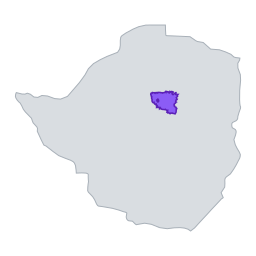 Chegutu, Mashonaland West, Zimbabwe shown in context
{"feature_id": "62879985B20095614329171", "entity_name": "Chegutu", "entity_type": "district", "adm_level": 2, "iso_a3": "ZWE", "parent_name": "Zimbabwe", "parent_adm1": "Mashonaland West", "projection": "albers", "projection_center": [30.348, -18.189], "detail": "fine", "context": "in_parent", "style": "filled", "palette": "violet", "viewbox_px": 256, "rotation_deg": 0, "n_neighbors": 0, "source": "geoboundaries", "source_scale": "gbopen_adm2", "svg_char_len": 5989}
<svg xmlns="http://www.w3.org/2000/svg" viewBox="0 0 256 256"><path d="M190.6,231.0L188.0,229.2L184.5,228.1L180.1,227.6L174.3,227.8L167.2,228.7L159.5,227.6L151.4,224.3L144.6,223.2L136.5,224.6L136.2,224.7L134.8,223.6L132.5,221.2L128.8,220.8L127.8,220.3L127.0,219.4L126.5,218.3L126.2,217.0L126.8,213.1L126.5,212.7L125.5,212.2L123.5,211.7L118.6,210.0L112.4,208.3L102.5,206.6L98.6,206.1L97.7,205.6L96.6,204.1L94.6,199.7L92.7,196.7L88.4,192.2L87.7,190.8L87.8,187.1L88.1,184.2L88.5,181.7L88.3,179.4L88.2,176.5L88.3,174.5L87.7,173.7L86.1,173.1L81.7,172.9L76.3,173.1L76.1,170.2L75.5,165.6L74.4,163.0L73.2,161.7L70.7,160.3L65.6,158.4L58.7,155.6L52.8,151.3L46.0,146.0L43.9,145.1L41.3,140.0L37.3,131.3L37.5,128.4L36.9,127.0L33.1,122.8L32.2,120.5L31.5,118.3L25.5,112.1L23.4,109.4L21.8,105.9L20.2,103.1L18.9,102.0L17.2,100.1L15.9,98.0L15.4,96.3L15.7,94.1L16.3,92.6L21.9,94.0L25.0,94.1L27.3,93.2L30.3,94.2L33.9,97.0L37.8,97.4L41.9,95.5L47.5,96.0L54.7,98.6L60.6,99.1L67.5,96.4L73.6,89.3L79.4,82.6L85.0,74.9L88.4,68.7L93.5,63.6L100.2,59.7L107.1,56.4L117.6,52.3L119.7,49.0L120.3,45.4L120.3,40.4L120.8,37.1L121.9,35.7L123.7,34.5L125.9,33.0L132.9,29.2L138.7,26.7L145.8,25.1L153.6,25.0L161.1,25.0L165.4,25.0L165.5,29.8L165.8,35.2L166.6,35.7L172.3,35.9L181.3,36.3L190.0,36.7L195.6,40.6L197.4,41.5L203.2,42.5L210.6,49.1L219.4,49.8L225.5,51.9L230.9,54.3L233.9,57.0L235.9,57.6L238.6,57.9L239.9,58.1L239.6,60.1L237.8,63.3L237.9,68.0L240.3,74.6L240.6,80.2L239.7,90.2L239.6,99.9L239.8,103.4L240.1,105.7L240.6,106.9L240.5,108.3L239.0,112.4L237.8,116.6L237.7,118.4L237.2,119.6L236.3,120.6L232.5,122.5L231.8,123.7L231.8,126.0L232.3,127.8L233.7,128.5L235.4,129.6L236.1,131.0L236.1,132.5L235.5,135.2L233.9,139.6L235.3,144.8L237.0,148.2L239.3,152.1L240.3,154.5L240.2,156.2L239.8,157.9L236.2,164.9L233.6,169.3L230.4,173.9L226.3,176.9L225.2,178.3L224.8,179.9L224.9,183.4L224.7,187.1L221.1,192.7L223.2,197.6L222.7,198.1L221.5,198.8L216.5,204.2L211.3,209.7L207.6,213.8L203.4,218.3L198.6,223.5L194.6,227.9L190.6,231.0Z" fill="#d9dde1" stroke="#a8b0b8" stroke-width="1"/><path d="M173.3,92.1L173.2,92.0L172.9,91.8L172.7,91.9L172.3,91.7L172.2,91.9L172.3,92.1L172.2,92.3L172.2,92.2L172.1,91.8L172.0,91.7L171.7,91.6L171.4,91.5L171.2,91.8L171.4,92.3L171.4,92.5L171.3,92.3L171.2,92.3L171.1,92.2L170.9,92.2L170.7,91.9L170.4,91.9L170.5,91.6L170.3,91.6L170.2,91.6L169.9,91.7L169.8,91.8L169.9,92.1L170.2,92.5L170.4,92.8L170.3,92.7L170.1,92.5L169.9,92.5L169.7,92.5L169.6,92.1L169.4,92.5L169.3,92.9L169.2,93.0L168.9,92.8L168.8,92.1L168.0,92.0L168.1,91.8L167.7,91.7L167.4,91.8L167.3,91.7L167.1,91.6L166.9,91.7L166.7,91.6L166.3,91.7L166.1,92.2L165.8,91.4L165.2,92.0L164.9,92.2L164.5,92.4L164.4,92.5L164.1,92.6L163.9,92.8L163.5,92.7L163.1,92.7L162.9,92.8L162.7,93.0L162.6,92.9L162.5,93.0L162.3,92.9L162.2,92.8L161.9,92.8L161.7,92.7L161.6,92.8L161.4,92.8L160.9,92.7L160.7,92.6L160.4,92.7L160.2,92.6L159.8,92.5L159.8,92.4L159.3,92.4L158.8,92.5L158.7,92.4L158.4,92.5L158.3,92.4L158.2,92.4L158.2,92.5L157.9,92.8L157.7,93.0L157.6,92.9L157.4,92.8L157.3,92.6L157.2,92.6L156.9,92.5L156.7,92.5L156.4,92.6L156.1,92.8L156.0,93.0L155.9,92.9L155.6,92.9L155.3,92.8L155.2,92.7L155.1,92.8L155.0,93.0L154.8,92.7L154.5,92.7L154.4,92.8L154.3,92.7L154.2,92.7L153.8,92.7L153.7,92.7L153.4,92.7L153.1,92.7L152.9,92.6L152.7,92.8L152.6,92.7L152.4,92.6L152.3,92.9L152.2,92.8L151.6,93.0L151.3,93.0L151.1,93.2L151.1,93.3L151.1,93.5L150.9,93.6L150.9,93.8L150.8,94.0L150.9,94.3L150.8,94.5L151.0,94.9L150.9,95.0L151.2,95.5L151.3,96.3L151.6,96.5L151.5,96.8L151.8,97.0L151.7,97.3L151.6,97.5L151.6,97.9L151.6,98.2L151.6,98.4L151.6,98.5L151.7,98.8L151.8,98.9L151.8,99.0L152.0,99.2L152.0,99.4L152.1,99.7L152.1,99.9L152.2,100.0L152.0,100.3L152.0,100.5L152.0,100.8L152.0,101.0L152.1,101.3L152.3,101.7L152.4,101.9L152.5,101.9L152.7,102.3L152.8,102.5L153.0,102.5L154.1,102.3L154.1,102.5L153.8,102.9L154.7,104.0L155.0,103.8L155.8,104.7L156.2,104.3L156.4,105.5L156.7,105.2L157.3,106.0L157.4,105.9L157.6,106.3L157.1,106.8L156.7,107.5L159.4,107.4L159.5,108.7L159.8,108.4L159.8,108.5L160.0,108.5L160.1,108.4L160.3,108.6L160.5,108.5L160.9,108.5L161.0,108.6L160.9,108.6L161.0,108.7L161.0,108.8L161.0,108.7L161.2,109.0L161.3,109.1L162.3,109.4L163.6,109.5L164.2,109.5L164.9,109.7L165.4,109.3L166.4,110.2L167.7,110.3L166.8,112.2L167.1,112.4L167.3,112.5L167.6,112.6L167.9,112.6L168.1,112.5L168.1,112.8L168.3,112.7L168.7,112.8L169.0,113.0L169.3,113.1L169.6,113.3L169.6,113.5L169.8,113.6L170.0,113.5L170.3,113.6L170.4,113.4L170.5,113.2L170.8,113.2L171.0,113.1L171.3,113.2L171.5,113.2L171.9,113.0L172.2,113.0L172.4,113.2L172.6,113.2L172.7,113.3L172.9,113.4L173.0,113.3L173.4,113.4L173.8,113.5L174.3,113.7L174.5,113.6L174.8,113.6L174.9,113.8L175.2,113.8L175.2,113.7L175.5,113.2L175.7,112.9L176.0,112.3L176.1,112.1L176.1,111.7L176.2,110.7L176.2,109.4L176.3,109.4L176.5,109.2L176.7,108.9L176.8,108.7L176.7,108.6L176.5,108.4L176.6,108.2L176.4,108.0L176.3,107.9L176.1,107.8L176.1,107.7L175.9,107.5L175.9,107.3L175.7,107.3L175.3,107.1L175.2,107.0L175.2,106.9L174.9,106.7L174.7,106.4L174.7,106.2L174.4,106.2L174.4,105.9L174.3,105.7L174.2,105.6L174.2,105.4L174.1,105.1L174.1,104.8L174.2,104.7L174.1,104.4L174.1,104.2L174.5,103.9L174.8,103.6L175.0,103.5L175.1,103.4L175.2,103.2L175.4,103.1L175.6,102.9L175.6,102.7L175.8,102.6L175.9,102.2L176.1,102.1L175.9,102.0L175.8,101.8L175.7,101.7L175.8,101.4L175.7,101.3L175.7,101.2L175.8,101.1L175.8,100.9L176.0,100.7L176.0,100.1L176.2,99.8L176.4,99.7L176.8,99.7L177.0,99.6L177.1,99.4L176.9,99.4L176.8,99.2L176.8,98.9L176.6,98.4L176.6,98.2L176.4,97.8L176.3,97.5L177.6,96.3L177.3,95.2L178.0,94.4L177.6,94.4L177.1,95.1L175.7,94.5L175.7,94.4L175.3,93.9L176.2,93.1L176.0,92.7L175.8,92.8L175.6,92.7L174.7,93.6L174.2,93.6L173.0,94.7L172.3,94.2L172.0,93.7L172.6,92.6L173.3,92.1ZM158.1,99.3L158.2,99.5L157.9,99.8L157.9,100.0L158.0,100.0L158.3,100.1L158.5,100.1L158.6,100.4L158.7,100.8L158.7,101.0L158.4,101.7L157.9,102.0L157.4,101.5L157.1,101.1L157.3,100.9L156.7,100.1L157.6,99.3L157.7,99.5L157.9,99.4L158.1,99.3Z" fill="#8b5cf6" stroke="#5b21b6" stroke-width="1.5"/></svg>